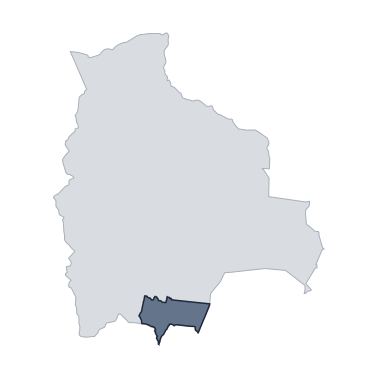 Tarija highlighted on a map of Bolivia, rotated 6°
{"feature_id": "BOL-1941", "entity_name": "Tarija", "entity_type": "Department", "adm_level": 1, "iso_a3": "BOL", "parent_name": "Bolivia", "parent_adm1": "", "projection": "mercator", "projection_center": [-64.397, -21.882], "detail": "fine", "context": "in_parent", "style": "filled", "palette": "slate", "viewbox_px": 384, "rotation_deg": 6, "n_neighbors": 0, "source": "natural_earth", "source_scale": "10m", "svg_char_len": 6845}
<svg xmlns="http://www.w3.org/2000/svg" viewBox="0 0 384 384"><g transform="rotate(6 192 192)"><path d="M58.2,220.5L57.6,215.0L56.7,213.7L55.3,212.8L54.8,211.7L55.3,210.6L58.0,208.3L59.5,207.9L59.9,206.8L64.9,200.4L66.4,199.1L68.2,198.2L68.9,197.4L68.5,195.1L68.6,193.5L69.2,192.5L72.6,190.6L72.9,190.2L72.8,189.7L71.3,188.5L68.3,187.4L66.4,187.5L64.5,185.8L60.5,176.1L59.9,173.9L59.9,173.0L62.6,168.2L65.5,164.4L65.2,163.5L61.9,159.8L60.9,158.0L61.3,154.1L63.2,152.9L64.1,149.5L64.9,148.9L66.7,146.5L69.1,144.3L69.3,141.7L70.0,141.0L72.1,140.2L72.3,139.5L71.8,137.7L70.8,135.9L70.0,135.0L68.9,130.4L67.7,128.2L69.0,126.1L69.8,123.8L70.0,121.2L69.9,109.5L72.4,106.6L73.6,106.0L74.8,105.1L74.7,103.2L76.5,100.8L56.3,65.0L64.2,65.1L72.8,66.4L74.3,67.2L74.6,68.4L75.5,69.0L77.9,68.6L84.9,65.6L86.0,64.6L88.4,61.2L90.4,59.3L92.2,58.6L95.7,58.4L96.8,58.9L98.3,58.8L99.5,56.9L101.4,54.8L105.1,52.1L107.0,51.4L108.2,50.4L110.3,50.3L112.0,49.3L120.7,42.6L124.1,40.9L128.1,40.1L131.2,39.2L138.8,38.2L143.8,37.9L145.3,38.8L147.1,38.5L148.6,37.0L149.9,36.5L150.8,36.6L152.1,38.4L152.7,40.2L152.3,41.7L152.4,43.8L153.0,46.5L152.7,49.0L149.9,53.5L149.6,54.8L149.8,56.6L150.6,59.6L152.2,63.7L152.4,66.7L151.3,68.7L150.8,70.4L150.9,71.8L151.3,72.8L152.0,73.4L152.4,74.5L152.4,76.2L153.3,77.9L155.1,79.5L155.8,81.0L155.4,82.5L155.5,83.4L156.0,83.8L157.1,83.1L157.7,83.2L158.9,85.2L159.7,87.3L159.9,88.6L163.6,89.9L168.5,93.9L170.7,95.0L172.8,99.3L176.5,100.3L183.7,101.4L187.1,100.0L189.3,100.2L191.7,101.2L197.1,104.9L199.2,105.5L200.8,104.6L202.2,104.2L203.4,104.6L204.5,107.8L208.6,111.2L210.2,112.2L212.0,112.2L219.5,115.4L221.5,115.6L223.5,115.4L224.8,116.0L225.3,117.9L228.7,121.7L230.3,123.2L232.2,124.5L237.1,124.5L238.5,124.9L248.3,123.7L252.0,125.3L261.2,130.6L263.1,134.1L263.5,136.0L263.0,137.9L262.2,138.6L261.9,139.8L262.2,141.7L263.7,143.3L265.0,148.8L265.9,150.0L266.5,160.9L259.5,161.2L260.7,162.2L267.2,170.1L268.7,188.6L305.7,190.0L306.6,190.0L309.3,189.0L310.0,189.0L309.9,193.8L307.2,197.6L307.0,198.8L307.4,203.7L308.4,207.8L308.9,211.4L309.9,212.5L313.2,214.4L318.0,218.0L319.9,218.4L321.6,218.0L322.6,219.4L322.8,221.7L327.1,232.4L327.9,233.9L329.2,234.6L329.0,235.2L327.9,235.4L327.4,236.2L322.7,251.3L323.9,251.4L324.2,254.4L322.7,254.6L322.3,255.3L314.8,271.2L320.9,276.8L320.3,277.8L317.3,278.6L315.7,280.9L314.2,281.3L314.6,277.3L314.2,273.8L313.7,272.9L293.2,260.2L272.5,260.5L238.5,267.9L233.0,268.8L229.3,278.6L221.2,290.8L221.2,303.0L212.8,331.4L210.7,329.6L209.1,326.9L208.6,325.7L208.4,325.6L189.6,325.8L188.7,326.4L187.4,326.3L186.4,325.8L185.4,325.9L184.1,326.4L182.8,327.5L176.3,340.4L175.4,345.1L175.0,345.9L173.9,344.3L170.5,334.7L168.6,331.3L166.5,330.2L159.9,328.4L148.0,328.0L144.2,328.4L142.3,328.1L140.3,326.2L135.8,322.7L134.9,321.7L133.2,321.0L132.2,320.9L131.5,321.6L129.9,327.0L128.9,328.5L122.7,330.7L121.1,331.0L120.2,332.2L119.8,334.0L119.1,335.7L114.8,338.1L113.8,339.2L113.3,341.6L110.2,345.8L101.5,347.5L98.6,347.4L96.6,347.2L94.7,345.8L94.5,343.5L94.8,341.1L94.6,337.7L93.1,333.8L93.2,332.6L93.0,330.7L92.2,327.1L90.2,325.3L89.4,319.7L87.8,316.4L87.5,308.7L82.1,300.2L79.9,299.6L79.4,299.0L79.1,297.8L79.3,294.6L81.0,292.4L75.1,288.3L74.8,287.3L74.8,286.4L76.4,284.8L75.4,282.7L75.5,280.9L74.8,280.1L74.9,279.5L75.5,279.0L78.4,278.4L79.3,276.5L79.3,275.0L78.9,273.9L76.3,271.1L76.2,270.6L81.5,263.7L81.4,263.1L80.9,262.5L78.0,260.4L74.8,257.2L72.6,255.6L70.9,253.9L70.1,252.6L69.9,248.9L68.8,245.1L67.3,236.2L66.1,233.0L67.3,231.2L67.3,230.7L62.3,228.2L61.3,224.1L58.2,220.5Z" fill="#d9dde1" stroke="#a8b0b8" stroke-width="1"/><path d="M212.8,331.4L212.6,331.3L212.5,331.2L212.5,330.9L212.4,330.7L212.1,330.4L211.2,329.7L210.1,329.2L209.8,328.9L209.6,328.4L209.6,327.7L209.5,327.4L209.5,327.2L209.5,326.9L209.4,326.0L209.3,325.8L209.0,325.7L208.0,325.5L204.7,325.7L197.6,325.7L190.4,325.6L189.6,325.8L189.2,326.0L188.2,326.9L187.9,326.8L187.0,326.0L186.5,325.8L184.4,325.6L183.8,325.7L183.5,325.9L183.4,325.9L183.4,326.1L183.2,326.6L183.1,327.1L183.0,327.3L182.9,327.5L182.7,327.6L182.4,327.7L182.2,328.1L181.9,329.5L181.2,331.3L181.0,331.5L180.5,331.8L180.4,332.0L178.7,336.4L178.1,337.2L177.0,338.3L176.6,338.9L175.7,342.6L175.7,344.3L175.5,344.8L174.9,346.7L175.0,347.0L174.5,346.8L174.5,345.6L174.2,345.3L174.3,344.7L174.3,344.0L174.0,343.5L173.5,343.3L173.2,343.1L172.6,341.8L172.4,341.6L172.2,341.5L172.1,341.4L172.0,341.0L172.0,340.7L172.1,340.3L172.2,340.0L172.2,339.7L172.4,339.5L172.6,339.3L172.6,338.9L171.4,337.7L171.1,337.2L170.9,336.7L170.4,336.2L170.3,335.8L170.5,335.3L170.5,335.1L170.2,334.8L169.7,334.5L169.4,334.1L169.6,333.5L169.9,333.1L170.1,332.8L170.0,332.4L169.8,331.9L169.7,331.6L169.1,330.9L168.8,330.7L168.4,330.6L167.9,330.4L167.5,330.0L167.0,330.0L166.8,329.9L166.6,329.9L166.2,330.1L165.1,329.9L163.5,329.0L159.3,328.0L155.4,328.1L155.8,328.1L155.2,325.1L154.9,324.4L154.7,324.1L154.4,323.7L153.8,322.6L153.5,322.0L153.3,321.9L153.1,321.7L152.9,321.5L152.8,321.3L152.7,321.2L152.3,320.9L152.5,319.8L152.7,319.4L152.9,319.2L153.0,319.0L153.1,318.8L153.1,318.1L153.2,317.9L153.3,317.7L153.7,317.3L154.0,316.7L154.3,315.7L154.4,315.4L154.4,315.2L154.4,314.4L154.5,313.0L155.1,308.1L155.1,307.6L155.1,306.7L155.1,306.4L155.5,305.1L155.8,300.6L155.9,300.3L156.1,300.2L156.3,300.1L156.6,300.3L157.1,300.5L157.4,300.5L157.7,300.4L157.8,300.3L158.1,300.4L158.2,300.5L158.9,301.4L159.0,301.4L159.3,301.4L159.6,301.6L159.9,301.7L160.1,301.6L160.3,301.6L160.6,301.8L160.8,301.9L161.2,301.9L161.4,301.9L161.5,301.9L161.6,302.0L161.7,302.4L161.8,302.5L162.1,302.6L162.3,302.8L162.5,302.9L162.5,303.0L162.8,303.3L163.1,303.4L163.2,303.5L163.3,303.6L163.5,303.8L163.8,303.6L164.3,303.5L164.6,303.3L164.8,303.2L164.9,302.8L165.0,302.6L165.2,302.3L165.2,302.2L165.2,301.7L165.2,301.4L165.4,301.1L165.7,300.6L165.9,300.2L166.1,299.9L166.3,299.7L166.6,299.7L166.7,299.8L167.0,299.9L167.1,300.0L167.5,300.0L167.8,300.1L168.0,300.6L168.2,300.8L168.6,301.0L168.8,301.3L169.4,301.9L169.4,302.0L170.0,303.3L170.1,303.5L170.3,303.6L170.5,303.6L171.4,303.4L171.8,303.4L172.0,303.4L172.4,303.5L172.6,303.6L173.4,304.3L174.2,304.7L174.6,304.8L176.0,304.6L176.3,304.6L176.9,304.8L177.1,304.8L177.3,304.8L177.4,304.7L177.6,304.5L177.6,304.4L177.8,304.2L177.8,303.9L177.9,303.5L177.8,303.3L177.7,303.0L177.7,302.8L177.9,302.6L177.9,302.4L177.9,302.2L178.1,302.0L178.2,301.9L178.2,301.7L178.1,300.2L178.1,299.6L178.1,299.3L178.2,299.2L178.3,298.8L178.5,298.9L178.8,299.2L179.1,299.4L179.4,299.3L179.7,299.2L180.2,299.2L180.6,299.3L180.8,299.5L180.9,299.9L181.1,300.1L181.7,300.1L181.9,300.1L182.1,300.0L182.3,300.1L182.1,300.3L182.1,300.6L182.2,300.8L182.7,301.3L183.2,301.3L185.3,301.4L221.3,301.4L221.2,303.0L220.5,305.5L219.8,308.0L219.0,310.7L218.2,313.5L217.4,316.1L216.3,319.6L215.5,322.4L214.5,325.7L213.9,327.9L213.3,330.2L212.8,331.4Z" fill="#64748b" stroke="#1e293b" stroke-width="1.5"/></g></svg>